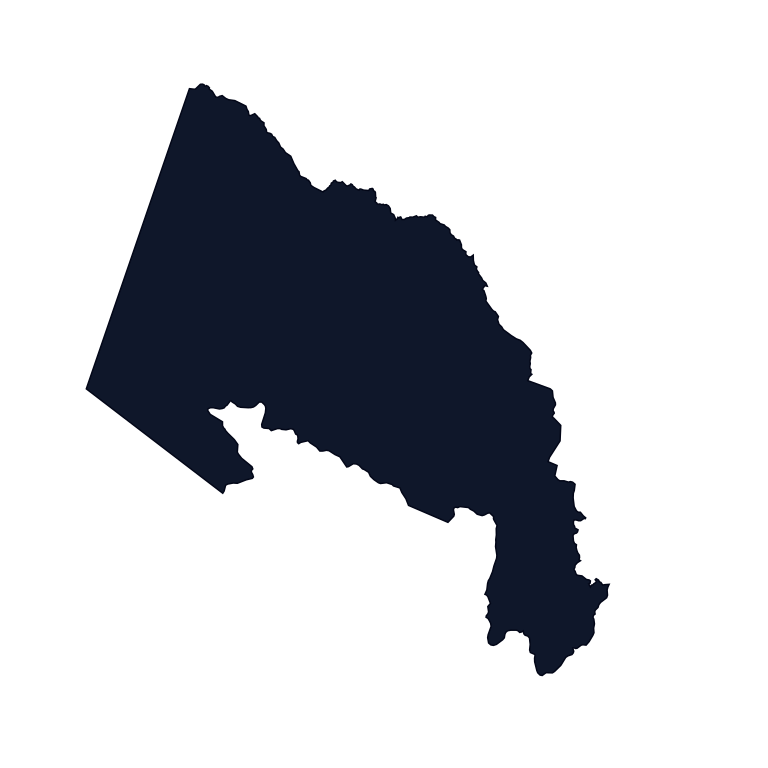 the district of Lagaip/Pogera District, Enga, Papua New Guinea, rotated 19°
{"feature_id": "67681753B66216026756118", "entity_name": "Lagaip/Pogera District", "entity_type": "district", "adm_level": 2, "iso_a3": "PNG", "parent_name": "Papua New Guinea", "parent_adm1": "Enga", "projection": "orthographic", "projection_center": [143.276, -5.41], "detail": "fine", "context": "isolated", "style": "filled", "palette": "ink", "viewbox_px": 768, "rotation_deg": 19, "n_neighbors": 0, "source": "geoboundaries", "source_scale": "gbopen_adm2", "svg_char_len": 6170}
<svg xmlns="http://www.w3.org/2000/svg" viewBox="0 0 768 768"><g transform="rotate(19 384 384)"><path d="M103.9,168.1L104.1,485.5L267.1,539.8L267.7,537.2L267.2,531.3L268.8,529.5L273.7,526.7L277.7,525.6L285.0,519.4L290.2,516.1L290.8,514.4L289.3,512.3L287.3,510.5L286.8,508.9L287.6,507.0L286.1,505.2L273.6,500.6L269.1,497.7L267.5,496.2L265.5,488.8L260.6,485.3L252.4,481.4L249.3,479.6L248.3,478.5L246.9,477.9L244.9,476.0L243.6,472.3L229.6,469.3L226.0,466.5L225.6,465.2L226.1,464.2L227.7,462.9L230.4,462.0L236.5,461.2L239.0,459.9L240.7,458.5L241.3,456.5L242.5,455.1L244.1,450.1L245.2,449.7L246.2,450.4L250.0,451.3L252.8,452.8L255.9,452.7L263.1,450.7L265.8,449.7L268.1,448.2L269.7,446.1L271.9,441.7L274.3,440.9L277.8,442.5L279.1,443.6L280.2,445.5L281.2,449.9L281.5,462.0L282.6,464.4L284.7,464.8L289.9,463.5L292.6,464.8L297.7,460.9L300.3,460.0L302.0,460.2L306.3,459.2L310.4,456.6L312.9,456.4L314.1,457.1L316.8,460.1L318.5,460.3L319.6,461.6L320.6,464.0L320.7,466.3L321.3,467.6L322.8,468.2L324.3,466.3L330.7,462.3L333.4,463.7L340.8,465.6L345.2,468.3L348.2,467.2L351.2,465.4L353.8,465.0L360.7,466.7L366.0,467.2L375.8,474.6L377.3,473.7L380.9,469.4L384.0,468.6L386.9,469.0L391.3,471.3L393.1,471.3L398.2,472.5L401.2,475.7L405.6,477.7L410.9,479.2L413.1,479.2L418.6,476.5L424.5,476.4L426.1,477.3L432.9,477.1L436.2,480.8L442.1,485.4L446.7,490.8L489.5,494.0L493.0,486.3L492.9,484.4L490.6,480.3L490.5,478.5L491.7,477.1L493.9,476.9L495.7,475.2L504.1,473.3L506.3,474.3L510.3,474.9L514.5,476.8L519.6,476.5L521.6,475.1L524.0,472.5L525.8,471.4L530.8,473.7L531.4,475.8L532.3,476.8L537.0,481.0L537.2,484.2L539.4,490.2L540.4,495.0L541.3,497.1L542.4,501.4L546.5,509.2L547.2,512.1L547.2,520.4L547.7,526.1L547.3,533.5L546.7,536.0L546.9,538.9L548.3,545.3L547.9,550.0L549.6,550.1L551.4,551.2L556.1,556.8L554.6,560.6L557.1,565.5L557.0,567.6L556.2,569.8L556.4,571.3L558.7,571.8L560.9,573.7L562.8,575.6L564.2,578.3L564.1,587.2L564.6,590.1L567.2,594.8L570.0,595.9L572.6,595.5L575.1,593.6L579.4,587.3L580.4,584.8L579.8,581.4L580.0,579.2L581.2,577.1L584.0,575.5L589.3,573.7L591.0,573.7L593.2,574.7L594.9,573.6L596.0,572.1L597.6,574.7L599.2,575.6L601.9,575.5L604.2,576.7L607.0,582.6L608.3,588.1L609.8,590.2L614.4,590.6L615.2,591.4L615.6,594.2L616.9,597.6L621.8,605.2L623.4,607.0L626.3,608.4L628.5,608.1L631.2,604.2L637.3,602.3L638.9,600.2L642.8,592.4L644.8,583.4L646.4,581.2L649.8,578.6L650.5,576.6L650.4,574.9L648.4,572.2L649.4,571.6L651.3,571.7L652.6,571.0L655.5,566.7L657.0,565.8L660.1,565.1L661.8,560.9L663.3,553.7L663.5,550.8L661.7,546.6L661.1,542.3L659.0,538.1L657.4,536.4L657.5,534.2L658.5,532.8L657.4,530.8L657.4,529.0L659.1,525.6L659.0,522.7L659.9,520.0L664.1,513.6L664.1,510.9L662.0,506.1L661.8,503.1L662.1,500.1L657.3,502.2L656.4,503.0L653.7,501.0L652.2,500.9L650.6,499.5L648.0,499.0L647.4,500.4L649.0,501.2L648.8,502.9L647.5,504.4L647.0,505.8L645.6,506.7L645.3,508.8L642.6,506.4L643.7,505.3L643.3,503.0L641.8,502.5L639.0,502.9L633.7,501.0L628.9,501.9L627.2,500.9L625.9,499.1L623.8,497.3L624.2,495.5L623.7,493.1L625.0,490.0L627.3,487.1L625.6,486.7L625.4,484.4L624.5,482.3L622.1,480.5L620.4,478.4L618.9,476.0L618.3,473.3L616.0,472.7L614.3,470.8L612.0,465.7L612.6,463.7L614.5,462.3L615.1,460.9L615.0,458.7L611.3,458.0L610.6,456.6L609.0,455.2L607.9,452.5L608.0,450.7L609.8,450.0L612.7,449.9L614.5,449.2L617.0,445.9L618.1,445.9L618.3,444.9L615.4,443.8L611.4,441.3L609.5,442.0L607.3,441.3L603.7,437.9L599.9,430.1L598.6,425.6L598.6,422.8L597.3,416.6L594.3,415.4L592.0,415.6L590.4,416.7L585.9,416.9L581.8,418.3L579.6,417.8L575.4,415.3L574.2,404.7L564.4,404.0L564.4,399.4L569.0,380.5L564.6,365.6L555.7,361.0L554.1,360.6L553.7,358.4L554.5,356.2L553.9,355.2L552.7,354.5L552.1,352.4L552.9,347.9L552.2,346.0L548.2,341.6L545.5,335.7L542.9,334.5L518.8,334.0L519.0,330.0L520.6,326.7L519.7,326.6L519.0,325.5L518.3,322.5L517.0,321.9L516.1,320.0L515.7,317.2L514.5,314.8L514.1,311.4L513.1,309.2L513.6,306.6L511.4,304.5L501.9,299.5L498.5,298.3L494.3,298.2L488.2,296.7L479.2,293.8L476.6,291.6L473.3,290.1L470.4,286.2L470.2,282.9L465.7,279.5L463.8,279.4L461.8,278.4L453.3,272.4L452.9,269.9L451.7,267.9L448.1,263.2L446.1,262.5L447.3,258.2L449.8,257.9L447.4,255.3L443.6,253.9L441.7,251.9L437.5,249.1L437.1,247.7L435.9,247.1L433.9,245.3L433.7,243.0L431.0,242.1L430.1,241.0L428.3,238.1L426.4,233.1L424.7,235.6L422.5,236.3L419.8,235.3L419.0,234.5L418.4,232.2L415.4,231.6L413.6,230.8L412.7,229.5L411.9,227.2L408.6,223.3L406.9,223.6L405.9,224.3L405.3,223.6L403.2,223.1L401.6,221.5L398.9,220.9L397.1,219.4L396.0,216.7L393.9,215.6L390.9,215.0L389.1,214.0L384.7,214.1L383.4,213.2L379.3,212.1L378.6,209.7L376.7,209.5L374.9,208.5L371.9,209.4L371.0,210.0L370.3,211.9L368.3,212.0L368.0,213.1L364.0,214.0L361.7,215.3L359.9,214.4L356.9,216.9L354.1,217.7L353.9,218.4L351.2,219.8L349.6,221.9L347.3,222.6L345.6,220.7L345.0,220.7L343.7,222.3L342.9,221.9L342.6,223.9L341.5,225.5L340.8,223.7L338.0,220.7L334.7,220.1L332.7,216.0L330.2,214.1L327.8,213.6L325.8,214.7L324.8,214.3L323.4,215.2L321.4,215.1L320.9,215.6L319.0,216.0L318.2,215.2L316.2,214.5L315.9,210.4L315.2,209.9L313.5,205.7L312.8,205.0L311.1,204.6L310.2,203.2L309.2,202.9L306.9,204.3L306.6,206.0L301.7,207.3L298.5,207.2L297.5,207.7L297.2,208.9L294.1,208.6L291.8,207.3L290.7,207.2L289.1,205.9L287.6,205.6L287.0,206.9L284.7,208.9L283.3,208.6L278.7,206.3L277.6,207.6L274.9,208.3L273.3,208.3L271.6,207.2L270.1,208.5L270.1,209.7L268.8,211.2L269.0,213.6L268.2,214.2L267.8,216.2L267.1,216.8L265.8,219.8L264.5,220.8L263.8,222.3L253.8,221.0L250.2,220.0L248.7,217.7L246.2,215.9L244.9,216.0L243.5,215.1L237.6,214.8L236.2,214.0L234.5,210.9L233.2,210.4L227.1,205.0L221.7,199.0L215.5,197.3L212.1,194.7L209.0,193.6L206.0,190.3L203.2,188.8L200.4,186.4L198.2,186.2L196.4,184.4L194.6,184.1L191.9,184.4L191.0,184.0L189.8,181.6L186.4,178.9L185.5,176.1L182.5,175.4L181.1,174.7L179.8,173.3L178.4,173.3L177.6,172.4L173.8,170.5L170.8,173.4L169.4,173.9L168.5,173.4L167.0,170.5L165.1,169.0L163.0,166.2L150.7,164.6L144.6,165.8L141.4,165.5L137.1,164.0L134.8,165.6L133.8,167.0L131.4,167.4L126.3,163.1L122.6,162.0L122.5,160.8L120.7,159.8L118.7,159.7L118.0,160.8L117.2,160.7L116.4,159.6L114.7,159.6L112.8,160.4L109.8,166.3L108.8,167.0L103.9,168.1Z" fill="#0f172a" stroke="#020617" stroke-width="1.5"/></g></svg>